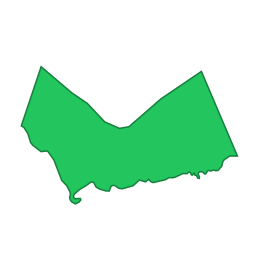 outline of Djibouti, Arta, Djibouti, rotated 174°
{"feature_id": "41766387B83981523687012", "entity_name": "Djibouti", "entity_type": "district", "adm_level": 2, "iso_a3": "DJI", "parent_name": "Djibouti", "parent_adm1": "Arta", "projection": "equal_earth", "projection_center": [43.007, 11.493], "detail": "fine", "context": "isolated", "style": "filled", "palette": "green", "viewbox_px": 256, "rotation_deg": 174, "n_neighbors": 0, "source": "geoboundaries", "source_scale": "gbopen_adm2", "svg_char_len": 1143}
<svg xmlns="http://www.w3.org/2000/svg" viewBox="0 0 256 256"><g transform="rotate(174 128 128)"><path d="M22.1,88.7L49.1,176.6L92.1,153.6L126.9,129.2L136.5,128.5L150.5,136.5L166.0,156.8L180.2,168.8L208.0,198.0L233.9,141.3L231.5,139.5L228.2,132.9L226.4,123.9L224.7,121.0L217.0,113.6L211.2,113.6L210.0,112.8L205.0,103.9L204.2,100.8L199.4,82.8L194.9,77.0L192.4,70.7L192.2,68.2L193.4,64.6L192.8,62.0L191.3,60.0L188.2,58.0L184.1,59.6L183.7,60.1L182.4,61.4L182.8,62.9L188.1,63.2L189.1,64.3L189.3,66.1L189.1,66.4L188.2,67.9L182.6,71.9L176.0,74.9L170.4,78.1L168.0,77.7L165.9,72.6L162.6,70.2L156.5,67.7L153.2,67.3L151.1,71.6L149.3,72.5L147.0,72.1L143.6,69.1L140.1,68.1L131.7,69.6L129.1,70.0L126.1,72.1L122.2,75.0L116.1,72.6L112.9,74.8L110.8,72.1L108.7,71.1L99.0,72.3L96.0,72.7L92.3,74.4L88.6,73.8L85.7,74.3L78.2,77.0L74.2,76.4L71.7,78.0L70.5,77.0L69.9,74.7L68.8,74.4L67.0,76.2L66.4,74.1L64.9,73.5L63.9,70.9L62.4,70.4L62.0,71.8L63.1,75.3L61.5,76.9L58.5,76.7L56.8,74.4L55.6,74.2L53.6,76.7L52.0,77.5L50.4,76.6L47.1,77.2L45.3,76.3L42.9,76.4L38.7,80.3L37.1,84.8L35.6,86.4L29.8,89.5L22.1,88.7Z" fill="#22c55e" stroke="#15803d" stroke-width="1.5"/></g></svg>